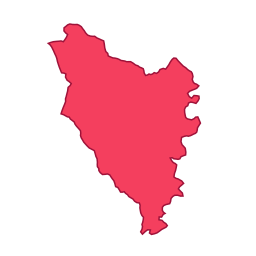 the district of Lagoa da Prata, Minas Gerais, Brazil, rotated 176°
{"feature_id": "56859067B36173600570766", "entity_name": "Lagoa da Prata", "entity_type": "district", "adm_level": 2, "iso_a3": "BRA", "parent_name": "Brazil", "parent_adm1": "Minas Gerais", "projection": "natural_earth1", "projection_center": [-45.504, -19.999], "detail": "fine", "context": "isolated", "style": "filled", "palette": "rose", "viewbox_px": 256, "rotation_deg": 176, "n_neighbors": 0, "source": "geoboundaries", "source_scale": "gbopen_adm2", "svg_char_len": 3414}
<svg xmlns="http://www.w3.org/2000/svg" viewBox="0 0 256 256"><g transform="rotate(176 128 128)"><path d="M148.2,217.6L150.4,218.8L152.7,220.0L154.8,221.8L156.8,221.9L159.1,222.3L161.8,223.5L163.7,225.9L164.9,228.2L166.2,230.1L167.5,232.3L169.4,233.8L171.3,234.8L173.4,234.9L175.9,235.1L178.8,235.8L181.0,235.1L182.6,233.9L184.8,232.4L185.1,229.3L183.4,227.0L181.7,225.5L183.1,222.8L184.9,220.4L186.5,218.6L188.7,219.5L190.7,219.4L193.2,219.4L196.4,219.3L198.9,218.8L201.6,218.0L200.0,216.5L198.5,214.2L196.8,210.0L195.8,207.1L194.9,204.9L194.2,202.5L193.7,199.1L193.0,196.2L192.2,193.2L191.2,190.1L190.4,187.7L188.0,187.2L186.2,186.2L186.8,183.1L185.4,179.9L183.6,178.5L181.5,176.3L182.7,174.4L184.9,172.7L185.7,168.9L186.8,165.7L187.5,163.5L188.3,161.5L188.4,158.7L189.6,156.1L191.2,152.9L192.7,149.6L193.8,146.8L191.2,145.7L189.4,144.5L187.7,143.4L185.8,142.9L184.9,141.0L183.1,139.4L181.2,137.7L180.6,135.6L179.3,133.5L177.3,130.9L175.6,128.6L175.5,126.1L175.9,123.8L175.3,121.4L174.2,119.3L173.1,117.0L171.5,114.9L170.0,113.0L168.1,110.8L165.3,109.1L163.2,107.8L162.5,104.7L162.0,102.0L161.0,99.5L160.9,96.1L161.2,93.6L161.2,91.5L160.0,89.7L160.0,87.5L158.8,85.4L156.7,83.4L153.9,83.4L151.7,83.6L149.4,82.4L148.3,80.3L147.3,78.6L145.8,76.4L145.0,73.6L144.4,70.4L142.3,69.4L140.9,66.8L139.9,64.6L138.1,64.4L136.2,64.7L135.0,63.0L133.1,61.5L132.0,59.6L130.5,58.5L128.1,56.9L126.5,54.5L124.5,53.0L121.9,52.4L121.3,50.1L121.7,47.5L121.5,45.1L121.2,42.4L120.2,39.7L118.8,37.9L119.2,35.4L119.9,32.9L120.8,30.8L120.4,28.7L121.1,26.0L122.6,23.5L121.0,21.1L117.9,23.6L115.5,25.1L112.8,24.7L113.9,21.8L112.0,20.2L108.8,20.7L106.3,21.4L104.0,22.8L101.4,24.5L99.3,25.4L97.0,26.4L95.6,27.9L96.9,30.0L98.9,31.5L100.5,33.5L103.5,34.3L103.1,37.1L100.7,36.8L98.9,39.4L97.0,40.2L98.6,41.6L99.5,43.5L99.2,46.6L97.7,48.2L95.4,49.0L91.7,49.6L90.7,51.6L90.0,54.7L88.1,56.6L86.2,57.6L83.3,57.5L80.3,56.4L77.9,56.3L78.3,59.3L80.2,61.5L82.0,63.7L80.6,65.8L78.6,67.2L76.4,68.9L78.1,71.4L80.1,72.7L81.6,73.7L83.8,74.5L85.6,76.0L84.8,79.4L83.5,82.4L82.7,85.1L82.0,87.8L83.4,89.3L85.2,90.3L86.6,92.2L88.0,95.1L86.0,95.3L84.4,94.1L82.1,93.7L80.3,93.3L78.5,93.6L77.1,95.7L74.3,96.6L72.4,97.1L72.0,99.8L72.3,103.8L73.8,105.8L75.3,107.6L76.1,110.8L75.2,114.9L72.3,115.8L70.0,116.1L68.4,115.6L66.3,116.0L64.7,116.6L62.9,117.4L61.3,117.9L59.8,119.0L59.1,121.1L58.7,123.3L57.2,125.4L55.4,127.8L56.5,131.2L57.6,134.2L59.8,134.1L61.4,132.7L64.0,131.7L66.3,132.4L68.2,133.0L69.7,134.5L70.1,137.0L70.4,139.6L70.3,142.7L69.0,145.0L66.8,146.1L65.9,148.7L63.6,149.5L61.3,148.9L58.5,147.8L56.4,150.0L55.0,152.3L55.0,154.8L57.1,155.4L59.9,155.8L62.4,153.3L64.7,155.0L66.2,158.3L64.1,160.3L61.0,161.4L58.6,162.1L56.7,162.8L54.4,165.1L56.5,166.9L58.6,167.8L59.8,169.4L60.5,172.0L59.6,174.8L60.1,178.0L61.0,179.7L62.8,180.8L64.4,182.1L66.1,184.0L68.6,185.9L71.0,188.7L73.4,191.6L75.2,194.2L77.4,194.6L79.0,193.5L80.3,192.0L81.5,190.4L82.8,188.3L84.6,186.1L86.3,184.1L88.7,185.0L92.0,184.1L93.6,181.7L95.8,180.5L98.0,181.4L99.7,180.2L101.5,179.7L103.3,180.4L104.9,179.5L106.8,179.2L108.0,181.7L108.2,184.1L108.7,186.1L110.6,187.2L112.2,187.9L113.8,189.4L116.1,190.3L118.2,192.2L120.8,194.0L122.8,194.1L124.7,194.2L126.5,195.0L128.2,195.4L130.3,195.9L131.8,196.9L133.7,197.9L136.0,198.6L138.3,199.0L140.7,200.2L142.7,201.3L143.0,203.8L144.8,205.8L145.6,209.5L145.8,213.5L146.2,216.6L148.2,217.6Z" fill="#f43f5e" stroke="#9f1239" stroke-width="1.5"/></g></svg>